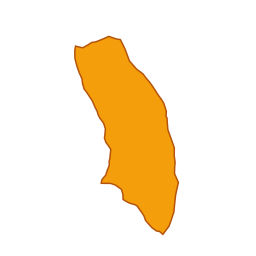 Mopa-Muro, Kogi, Nigeria, rotated 125°
{"feature_id": "59680162B35933805912396", "entity_name": "Mopa-Muro", "entity_type": "district", "adm_level": 2, "iso_a3": "NGA", "parent_name": "Nigeria", "parent_adm1": "Kogi", "projection": "albers", "projection_center": [5.939, 8.139], "detail": "fine", "context": "isolated", "style": "filled", "palette": "amber", "viewbox_px": 256, "rotation_deg": 125, "n_neighbors": 0, "source": "geoboundaries", "source_scale": "gbopen_adm2", "svg_char_len": 1447}
<svg xmlns="http://www.w3.org/2000/svg" viewBox="0 0 256 256"><g transform="rotate(125 128 128)"><path d="M91.0,217.9L94.6,216.3L98.0,213.9L101.3,211.5L103.7,208.8L105.4,206.7L106.3,205.6L107.1,204.7L110.8,199.5L114.1,193.9L114.9,193.2L117.7,190.7L120.1,187.7L121.2,186.4L122.8,181.3L123.4,180.0L126.2,172.9L130.2,166.4L131.9,163.0L133.9,160.6L136.0,156.9L138.0,150.8L141.7,146.0L146.3,143.3L147.4,142.7L149.7,141.6L152.4,137.9L153.4,134.8L154.2,132.8L155.4,129.8L158.5,128.1L160.5,127.0L163.5,125.3L166.2,124.3L169.2,122.0L170.4,121.7L171.5,121.4L173.5,120.9L174.9,120.6L179.3,119.2L183.3,119.6L185.7,119.6L188.7,118.2L187.3,116.2L183.3,110.4L182.0,105.7L182.0,102.6L182.0,98.2L185.3,94.1L189.3,91.1L189.3,89.0L188.7,83.9L186.7,77.8L186.7,75.8L187.3,74.1L188.3,71.4L189.3,68.3L191.0,64.3L193.7,60.5L194.4,57.8L196.0,50.7L196.0,48.7L196.0,45.6L194.7,42.9L195.1,38.4L185.0,38.1L182.2,38.8L179.6,39.5L173.4,41.4L170.5,42.2L162.8,46.6L155.5,50.6L149.8,53.0L143.7,55.5L138.7,63.7L133.8,67.0L129.3,69.6L124.2,74.2L117.7,78.7L113.0,85.2L109.1,90.7L106.5,94.4L100.2,99.6L97.4,101.8L96.5,103.7L94.4,104.9L92.4,106.1L87.4,112.6L85.8,116.0L83.4,122.9L80.1,130.8L78.2,136.2L76.6,142.2L75.1,146.9L74.9,154.4L74.0,158.3L72.3,165.2L65.2,175.5L60.0,184.8L60.0,185.1L61.7,188.4L64.0,196.3L68.4,198.9L70.1,200.0L75.8,203.7L76.0,203.9L78.8,206.8L82.9,208.5L86.3,210.1L87.9,210.8L88.9,212.5L91.0,217.9Z" fill="#f59e0b" stroke="#b45309" stroke-width="1.5"/></g></svg>